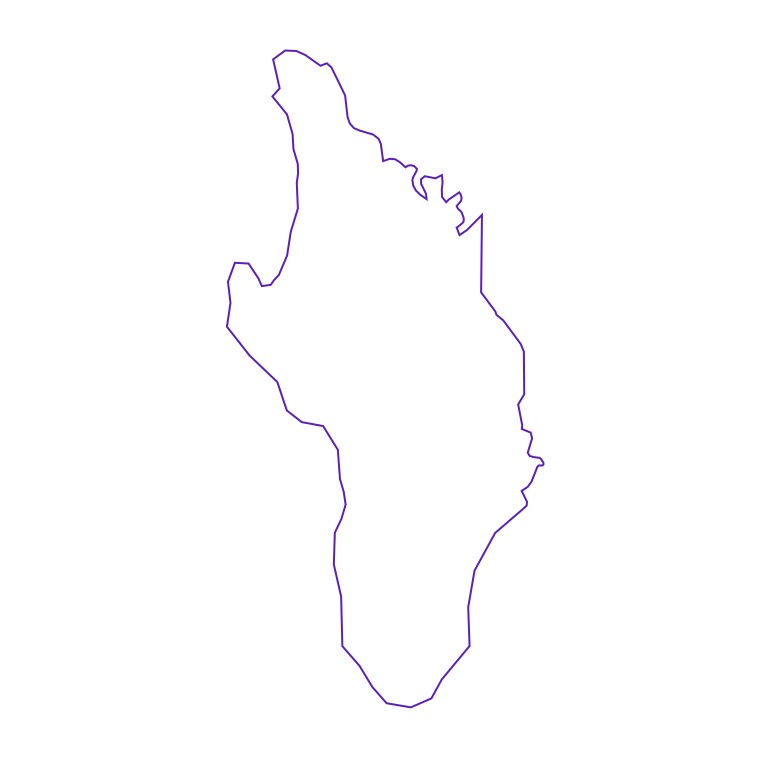 the border of Adiyaman, rotated 279°
{"feature_id": "TUR-2281", "entity_name": "Adiyaman", "entity_type": "Province", "adm_level": 1, "iso_a3": "TUR", "parent_name": "Turkey", "parent_adm1": "", "projection": "robinson", "projection_center": [38.577, 37.82], "detail": "fine", "context": "isolated", "style": "outline", "palette": "violet", "viewbox_px": 768, "rotation_deg": 279, "n_neighbors": 0, "source": "natural_earth", "source_scale": "10m", "svg_char_len": 1806}
<svg xmlns="http://www.w3.org/2000/svg" viewBox="0 0 768 768"><g transform="rotate(279 384 384)"><path d="M138.6,509.5L101.3,487.3L80.9,480.0L68.8,461.1L69.1,436.5L82.8,420.0L101.8,403.9L118.5,383.9L167.4,374.9L197.8,362.7L229.4,358.7L244.0,363.0L258.8,365.0L271.2,361.1L283.2,355.4L311.8,348.7L332.9,330.5L333.5,308.7L342.6,292.2L369.3,278.3L390.9,247.0L416.0,219.9L440.0,219.7L460.6,213.9L480.4,217.8L481.8,231.4L468.7,243.4L461.6,248.0L464.2,256.6L469.7,259.3L475.2,263.1L495.7,268.2L519.8,268.1L543.8,271.5L568.9,266.4L578.7,266.2L587.9,264.4L601.9,257.8L616.6,254.6L635.1,246.0L650.6,228.8L659.7,234.7L687.3,223.7L697.9,234.2L699.2,245.3L696.6,254.8L688.4,271.5L691.8,277.4L688.5,282.5L676.2,291.2L662.8,300.5L642.1,306.2L636.2,309.3L632.1,314.1L630.5,320.3L628.7,334.2L625.3,340.3L620.7,343.3L604.0,348.3L607.4,354.6L607.7,359.9L605.5,365.1L601.4,371.3L603.3,373.3L604.3,376.4L603.9,379.8L601.5,382.9L599.5,382.8L592.7,380.4L589.7,380.1L584.4,381.9L580.0,385.4L576.4,390.5L573.3,397.1L578.3,395.8L587.6,389.3L592.1,388.6L595.6,391.8L595.2,402.7L599.4,408.5L592.5,410.3L584.8,410.7L577.8,412.1L573.3,417.0L576.4,419.2L585.1,428.4L582.8,430.3L580.0,431.5L577.0,431.5L571.1,427.9L568.6,429.7L566.6,432.8L565.0,434.4L563.8,434.8L562.1,435.9L559.7,436.9L556.9,437.2L555.2,436.3L550.6,432.2L549.9,431.3L542.9,435.3L549.2,442.0L566.3,454.3L489.7,465.6L473.1,482.6L469.9,484.3L465.5,491.8L444.9,512.8L437.8,517.1L395.7,524.1L384.8,519.7L364.8,527.0L361.1,527.2L359.0,536.4L353.5,538.8L338.7,536.7L335.7,539.1L335.2,544.1L335.4,549.2L334.0,551.5L332.9,551.9L332.3,552.8L331.4,553.7L329.5,554.1L328.3,553.3L327.8,549.6L326.1,548.4L310.7,545.0L304.8,542.0L300.0,536.7L290.0,543.7L286.1,543.9L281.2,539.9L254.3,517.1L213.8,502.6L176.6,502.1L138.6,509.5Z" fill="none" stroke="#5b21b6" stroke-width="2"/></g></svg>